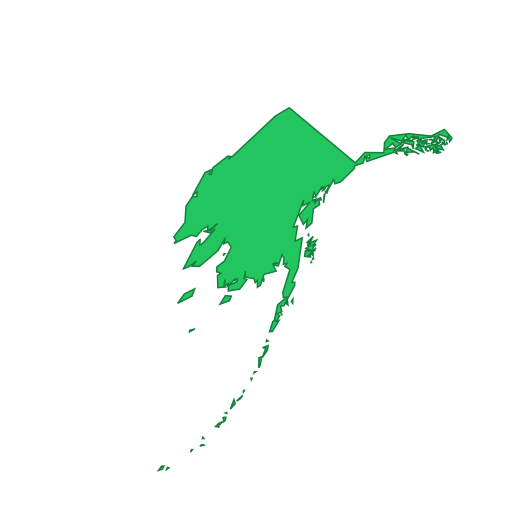 an SVG outline of Alaska, rotated 314°
{"feature_id": "USA-3563", "entity_name": "Alaska", "entity_type": "State", "adm_level": 1, "iso_a3": "USA", "parent_name": "United States of America", "parent_adm1": "", "projection": "natural_earth1", "projection_center": [-152.163, 61.314], "detail": "fine", "context": "isolated", "style": "filled", "palette": "green", "viewbox_px": 512, "rotation_deg": 314, "n_neighbors": 0, "source": "natural_earth", "source_scale": "10m", "svg_char_len": 6211}
<svg xmlns="http://www.w3.org/2000/svg" viewBox="0 0 512 512"><g transform="rotate(314 256 256)"><path d="M385.7,176.9L392.0,262.8L406.1,262.4L419.1,276.2L427.0,269.6L435.0,268.6L450.2,281.0L463.9,298.6L477.9,303.6L477.0,315.1L472.7,316.0L475.7,311.0L471.4,313.0L474.6,311.3L470.7,303.3L464.0,305.8L464.1,309.3L462.4,308.4L463.4,302.8L466.3,302.6L466.9,302.2L456.0,293.7L450.2,292.8L450.7,291.9L452.4,291.9L453.8,291.4L453.9,291.0L449.0,287.8L449.6,287.6L453.7,289.7L454.0,289.6L449.5,285.7L452.8,286.3L445.5,284.2L447.2,279.8L440.0,281.2L434.5,270.7L437.6,282.6L431.3,281.2L431.9,276.2L422.1,274.6L430.4,281.1L425.8,282.8L400.9,270.0L403.5,265.7L405.1,269.7L407.9,267.5L403.1,265.2L397.4,268.5L389.3,264.3L387.2,266.0L368.1,265.4L362.8,262.7L365.0,258.8L355.4,261.3L357.6,259.2L354.5,258.0L351.3,259.1L349.7,258.6L354.1,257.7L349.2,256.6L352.7,255.0L341.1,257.7L342.0,253.5L334.9,258.1L338.7,259.7L336.6,260.1L335.1,261.3L340.7,261.3L337.1,266.1L329.8,264.5L318.4,273.3L310.8,272.6L318.1,267.8L311.6,268.1L315.1,258.6L332.5,257.5L324.8,254.7L329.5,251.3L302.7,262.8L306.4,265.0L293.8,273.8L301.2,276.6L276.2,294.8L261.8,300.1L264.1,302.1L261.7,304.3L239.6,310.7L237.1,308.2L233.9,313.3L229.1,311.3L229.6,314.6L223.5,316.1L223.7,313.0L235.9,305.5L247.7,306.6L245.2,304.5L248.4,300.6L269.8,289.8L268.6,283.9L272.1,283.3L269.0,281.4L273.7,277.8L275.0,273.8L264.2,279.0L262.2,275.3L264.6,275.1L265.6,276.4L265.9,276.1L264.8,274.9L261.9,273.6L259.1,281.0L248.4,274.6L238.0,279.5L234.5,278.7L239.3,274.1L236.3,274.0L238.4,270.4L233.3,262.9L237.8,259.0L231.5,263.1L232.7,265.7L220.9,267.3L211.6,260.4L215.5,256.8L224.5,260.1L226.6,258.5L222.8,257.5L225.6,257.0L213.8,256.7L216.9,255.1L212.6,254.1L213.7,253.6L214.2,252.2L214.8,252.2L215.7,251.5L216.6,251.4L217.5,250.2L214.8,251.7L213.2,253.0L213.6,253.6L212.4,254.0L212.4,255.5L206.7,250.5L215.2,241.9L219.2,242.7L217.3,238.8L220.9,235.4L230.4,236.8L245.4,232.0L246.3,225.7L242.4,224.4L247.9,221.3L233.4,224.9L209.3,222.6L204.3,217.2L210.9,216.6L201.4,215.1L196.4,212.7L224.4,204.2L228.2,204.1L228.9,204.5L224.7,207.9L228.2,208.9L247.1,207.9L240.9,207.2L237.2,200.9L242.9,205.5L252.7,205.9L243.9,204.8L241.1,203.0L243.9,200.6L238.2,199.0L228.6,199.6L226.0,195.0L208.0,188.4L211.6,187.9L212.7,183.6L230.8,181.6L243.3,171.0L256.7,168.5L254.9,169.6L257.7,172.1L261.1,169.1L255.5,168.3L280.5,161.4L286.5,163.7L282.3,165.7L283.6,167.1L289.7,163.7L308.3,166.3L310.0,168.7L306.3,168.9L310.7,169.8L370.2,172.7L385.7,176.9ZM309.5,288.5L303.3,289.6L306.2,291.0L301.8,291.2L295.6,297.1L297.5,293.3L294.8,295.0L295.9,293.4L293.7,293.1L291.8,293.5L294.8,293.5L293.2,296.0L289.5,291.2L293.9,288.0L295.5,288.3L294.8,289.3L296.1,289.4L296.4,290.6L297.5,291.7L298.4,292.0L296.2,286.7L301.8,287.7L302.8,286.5L301.0,284.8L309.5,288.5ZM464.1,311.6L462.5,317.0L459.1,311.7L454.7,311.5L456.7,308.0L453.1,308.0L454.7,305.6L453.4,302.9L450.6,300.9L459.5,306.1L462.7,309.6L459.6,308.1L458.6,309.7L464.1,311.6ZM189.8,234.7L182.7,237.8L167.6,232.5L178.9,230.8L189.8,234.7ZM434.9,290.1L428.1,282.8L439.1,284.6L431.8,284.9L440.4,289.8L432.6,287.2L434.9,290.1ZM210.0,266.1L205.4,268.0L196.4,263.6L206.1,261.5L210.0,266.1ZM447.8,290.1L442.4,294.5L444.3,290.8L438.4,281.0L440.7,283.3L444.5,283.3L448.0,288.9L443.6,284.0L447.8,290.1ZM439.1,290.7L442.7,302.7L440.9,297.7L434.0,291.1L439.1,290.7ZM225.5,317.3L213.1,320.2L210.9,318.3L220.5,313.6L222.2,313.8L223.4,316.4L225.5,317.3ZM468.8,304.7L470.3,312.4L468.6,307.9L465.2,309.7L468.8,304.7ZM446.9,294.4L454.2,294.8L455.5,298.1L452.1,296.2L454.5,299.2L450.4,300.1L449.6,296.0L446.9,294.4ZM200.0,326.8L196.3,329.6L187.6,331.0L196.8,326.9L194.5,324.5L200.0,326.8ZM301.4,283.3L309.8,283.5L304.6,285.0L301.4,283.3ZM449.4,296.8L447.0,304.4L444.1,296.0L449.4,296.8ZM187.6,330.2L180.2,334.9L177.4,335.8L184.8,328.8L187.6,330.2ZM137.4,339.9L135.3,343.6L128.0,343.9L137.4,339.9ZM458.3,303.8L462.4,303.3L462.3,305.1L458.3,303.8ZM347.5,262.4L348.2,262.7L341.0,267.7L347.5,262.4ZM41.0,335.8L37.5,336.6L34.1,334.8L39.3,334.1L41.0,335.8ZM119.1,346.2L116.8,347.9L114.6,348.1L116.8,344.5L119.1,346.2ZM459.2,317.2L455.5,314.7L455.0,311.9L455.5,311.8L459.2,317.2ZM461.7,300.9L462.6,303.2L459.9,299.6L461.7,300.9ZM455.9,298.1L456.2,296.6L458.6,298.7L455.7,299.4L455.9,298.1ZM109.9,345.5L107.1,348.1L105.3,345.3L109.9,345.5ZM455.7,300.0L456.7,302.1L454.8,301.0L455.7,300.0ZM432.8,291.5L434.7,294.5L433.1,294.7L432.8,291.5ZM353.6,261.8L350.6,263.3L349.6,262.0L350.6,261.1L353.6,261.8ZM138.1,342.8L146.7,343.2L142.5,343.9L138.1,342.8ZM245.1,310.4L243.0,313.0L242.9,311.0L245.1,310.4ZM449.6,304.9L450.8,303.1L453.3,302.9L449.6,304.9ZM156.3,259.9L161.3,262.7L155.2,260.9L156.3,259.9ZM242.6,279.6L245.1,277.4L245.7,277.0L242.6,279.6ZM112.4,346.3L113.3,347.1L109.0,347.1L112.4,346.3ZM203.0,321.9L203.3,323.8L201.6,322.9L203.0,321.9ZM468.9,312.2L467.2,314.1L467.4,311.5L468.9,312.2ZM300.0,293.8L303.7,293.4L301.5,293.8L301.0,294.6L300.0,293.8ZM340.9,262.9L343.0,261.5L341.7,264.0L340.9,262.9ZM247.8,313.0L250.7,312.4L247.4,315.3L247.8,313.0ZM82.4,348.0L84.6,350.6L80.3,347.7L82.4,348.0ZM71.9,344.1L72.6,344.8L69.5,345.2L71.9,344.1ZM465.5,312.3L466.8,311.3L466.3,312.8L465.5,312.3ZM441.8,282.7L441.5,281.6L443.9,283.0L441.8,282.7ZM42.4,339.1L43.1,340.5L40.4,340.0L42.4,339.1ZM428.4,284.8L427.7,286.4L426.9,284.3L428.4,284.8ZM88.7,343.7L88.5,345.3L87.4,344.3L88.7,343.7ZM352.5,261.2L356.6,260.1L354.5,261.0L352.5,261.2ZM301.2,284.1L301.1,283.5L304.0,284.9L301.2,284.1ZM306.9,280.3L307.3,278.8L308.1,278.8L306.9,280.3ZM290.2,299.2L289.9,300.5L289.5,300.2L290.2,299.2ZM150.1,340.6L152.0,340.9L149.4,341.5L150.1,340.6ZM235.5,231.4L236.0,232.2L233.4,232.0L235.5,231.4ZM451.1,306.0L451.8,307.4L450.6,306.4L451.1,306.0ZM164.6,337.3L165.4,338.1L163.7,338.6L164.6,337.3ZM301.5,286.7L300.7,286.3L299.1,285.5L300.7,285.6L301.5,286.7ZM458.5,314.3L457.8,312.3L459.1,313.7L458.5,314.3ZM171.7,335.2L172.6,336.3L170.4,335.8L171.7,335.2ZM294.6,298.4L293.9,299.5L292.8,299.1L294.6,298.4ZM470.0,314.3L469.6,315.6L468.4,315.0L470.0,314.3ZM231.2,315.8L231.9,314.3L232.1,315.1L231.2,315.8ZM339.9,258.1L339.3,256.9L340.7,257.8L339.9,258.1ZM452.9,311.8L454.7,311.6L454.0,312.2L452.9,311.8ZM122.4,344.4L121.8,343.0L123.1,343.7L122.4,344.4Z" fill="#22c55e" stroke="#15803d" stroke-width="1.5"/></g></svg>